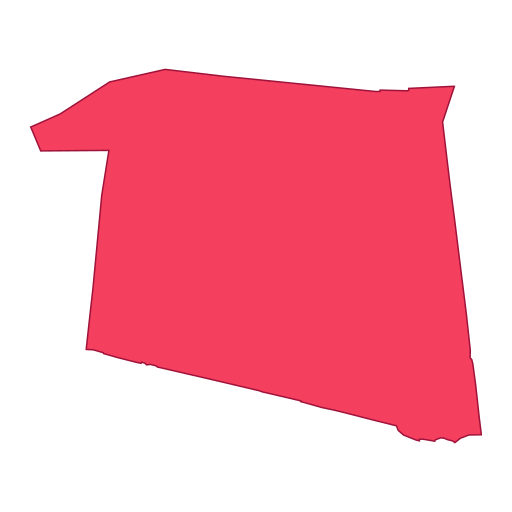 outline of Sofronea, Arad, Romania
{"feature_id": "2599482B86430768940785", "entity_name": "Sofronea", "entity_type": "district", "adm_level": 2, "iso_a3": "ROU", "parent_name": "Romania", "parent_adm1": "Arad", "projection": "mercator", "projection_center": [21.295, 46.27], "detail": "fine", "context": "isolated", "style": "filled", "palette": "rose", "viewbox_px": 512, "rotation_deg": 0, "n_neighbors": 0, "source": "geoboundaries", "source_scale": "gbopen_adm2", "svg_char_len": 1211}
<svg xmlns="http://www.w3.org/2000/svg" viewBox="0 0 512 512"><path d="M481.3,434.8L481.2,433.3L479.3,418.1L475.7,385.2L475.4,382.9L474.3,374.7L472.8,363.6L471.7,359.5L470.1,357.8L470.3,350.3L466.4,314.4L464.4,298.3L459.3,257.5L454.4,218.0L452.8,205.7L451.2,193.5L450.0,184.0L447.3,161.7L442.6,122.0L454.4,86.4L453.7,86.3L408.7,88.4L408.6,90.4L407.8,90.8L380.1,90.1L380.1,91.4L375.7,91.5L365.6,90.5L222.8,76.2L165.1,69.4L109.7,81.9L60.2,113.9L41.6,122.2L30.7,127.0L32.7,131.7L40.7,150.9L108.9,150.4L101.7,195.5L100.0,213.8L92.9,288.9L90.8,307.3L87.0,341.9L86.2,349.4L86.4,349.5L89.4,349.6L93.2,349.8L96.7,350.8L100.1,351.8L103.3,352.7L103.6,353.6L118.1,357.7L121.7,358.6L129.1,360.5L136.3,362.3L137.9,362.7L141.1,363.3L141.5,362.2L144.7,363.1L146.6,364.9L150.4,364.4L156.5,366.0L157.3,367.0L215.4,380.4L259.8,390.9L262.0,391.8L300.9,400.9L300.7,401.6L322.2,407.6L333.6,410.0L340.3,411.6L376.6,420.9L396.4,425.8L398.3,430.5L403.5,435.0L416.2,440.1L419.4,440.8L419.3,439.2L423.1,439.2L434.8,441.2L434.9,440.1L438.6,438.6L441.0,437.8L444.2,438.3L447.7,439.7L452.8,441.0L454.9,442.6L460.6,438.1L464.7,436.6L468.9,435.0L473.8,434.9L478.8,434.8L481.3,434.8Z" fill="#f43f5e" stroke="#9f1239" stroke-width="1.5"/></svg>